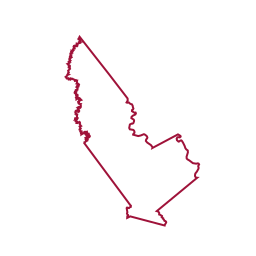 outline of Puerto Asís, Putumayo, Colombia, rotated 242°
{"feature_id": "7082276B42533804398270", "entity_name": "Puerto Asís", "entity_type": "district", "adm_level": 2, "iso_a3": "COL", "parent_name": "Colombia", "parent_adm1": "Putumayo", "projection": "albers", "projection_center": [-76.112, 0.44], "detail": "fine", "context": "isolated", "style": "outline", "palette": "rose", "viewbox_px": 256, "rotation_deg": 242, "n_neighbors": 0, "source": "geoboundaries", "source_scale": "gbopen_adm2", "svg_char_len": 5803}
<svg xmlns="http://www.w3.org/2000/svg" viewBox="0 0 256 256"><g transform="rotate(242 128 128)"><path d="M49.0,85.1L48.9,88.5L24.7,114.6L25.2,115.0L26.7,117.4L27.2,117.6L28.2,117.4L28.9,116.6L29.9,116.7L30.8,116.4L31.6,116.7L32.0,116.2L32.8,116.4L33.5,115.9L34.4,116.7L36.3,115.6L37.0,114.9L38.4,115.7L40.0,115.5L41.1,114.4L51.6,165.7L52.1,164.9L53.0,164.6L54.1,164.6L55.0,165.1L56.2,166.1L57.2,168.4L58.9,171.0L59.6,171.6L61.4,172.1L62.5,173.7L63.4,173.6L64.0,173.1L64.5,171.4L66.5,168.8L70.6,166.9L72.4,165.8L73.5,165.5L75.1,166.2L78.3,169.4L80.1,170.2L81.8,169.4L83.3,169.2L85.7,169.6L89.3,169.7L91.5,169.5L92.0,169.3L92.3,168.5L92.1,166.5L92.3,166.2L94.3,165.5L95.8,166.0L96.5,167.1L96.5,167.7L95.4,169.3L95.6,170.3L96.0,170.6L96.6,170.5L98.9,169.1L98.9,140.2L99.2,140.5L99.8,140.6L102.2,140.2L106.2,138.1L108.2,137.7L109.1,138.4L109.6,139.2L109.8,139.9L110.4,140.6L111.7,140.8L113.2,140.3L114.6,139.6L115.1,139.0L115.4,135.8L116.1,133.2L119.7,129.4L120.1,129.7L120.8,131.5L121.9,132.0L122.9,132.1L123.9,131.7L126.0,129.0L127.5,129.1L130.2,131.3L130.2,133.2L129.7,134.1L129.8,135.0L131.0,136.4L131.8,136.9L132.7,137.0L135.1,135.6L136.1,136.3L136.6,137.9L136.5,140.9L137.3,141.9L138.1,141.9L138.4,140.9L141.0,139.4L141.9,139.9L142.1,140.4L142.0,141.1L142.6,141.9L144.0,142.1L145.6,142.6L147.2,142.5L147.5,142.0L148.8,141.1L150.2,140.7L150.7,139.1L151.2,138.7L152.5,140.7L154.3,141.5L184.2,136.5L231.3,128.1L230.8,127.4L230.3,127.4L230.0,127.1L229.8,126.6L230.0,126.1L229.8,125.9L229.5,125.9L228.5,126.7L227.7,126.9L226.9,126.6L226.9,126.0L226.5,126.3L226.7,125.8L226.6,125.5L226.0,125.6L226.1,125.3L226.6,125.2L226.4,124.9L225.8,124.9L225.9,124.6L226.3,124.5L225.8,123.4L226.7,122.3L226.4,122.1L225.6,122.5L224.7,121.6L224.3,121.8L224.1,121.4L224.3,121.1L225.1,121.0L225.2,120.7L224.8,120.3L224.9,119.4L225.3,119.1L225.8,119.3L225.9,118.8L225.4,118.2L224.5,118.7L223.5,118.3L224.0,117.6L223.7,117.4L223.3,117.6L223.4,116.5L222.8,115.8L222.1,116.2L222.0,115.9L222.4,115.2L221.8,115.4L221.6,115.1L221.9,114.6L220.9,114.2L221.7,113.5L221.4,113.4L220.9,113.6L220.5,113.3L221.0,113.0L220.9,112.2L220.6,112.2L220.3,112.6L219.8,111.6L219.3,111.5L218.5,110.4L218.3,110.5L218.5,111.3L218.3,111.8L217.6,111.4L217.2,111.4L217.4,110.9L216.8,110.5L216.5,110.0L217.1,110.1L217.3,109.5L216.7,108.8L216.4,109.1L216.0,108.5L215.0,108.6L214.6,107.5L214.2,108.2L213.9,107.5L213.5,107.6L213.6,107.1L213.0,106.8L213.3,106.2L212.7,105.6L212.9,104.7L211.2,105.3L210.5,105.8L210.3,105.5L210.7,105.5L210.7,104.8L210.1,104.7L209.3,104.0L208.4,104.6L208.7,104.9L209.4,105.0L209.2,105.3L208.1,104.6L207.5,104.6L206.7,102.0L205.0,101.8L205.1,101.4L204.5,100.8L203.6,100.8L203.9,100.1L203.8,99.9L203.2,100.4L203.3,99.8L202.8,99.0L202.4,97.0L202.2,97.1L202.4,97.6L202.3,97.8L201.6,97.1L200.7,97.1L200.7,97.6L200.1,97.8L199.9,98.7L198.7,98.4L198.6,98.8L198.3,99.1L198.2,99.8L198.3,100.0L198.8,100.0L198.8,100.7L198.6,100.8L198.6,100.4L197.8,100.3L198.0,101.4L197.6,102.1L197.1,102.1L196.8,102.6L196.0,103.2L194.6,103.2L194.6,103.5L195.0,103.8L194.9,104.5L194.5,104.7L194.1,104.3L193.7,105.3L192.6,104.4L191.5,104.3L191.3,103.7L191.0,104.1L190.2,104.2L190.3,104.5L191.0,104.5L189.4,105.2L188.8,104.6L189.4,104.5L189.5,103.5L189.2,103.4L189.0,103.9L188.5,103.7L189.1,103.2L188.9,102.4L188.4,101.7L188.0,102.0L187.1,102.0L187.2,102.5L185.6,101.4L185.9,100.8L186.0,99.8L185.5,99.7L185.8,100.0L185.4,100.5L184.9,100.2L185.0,99.1L184.0,98.7L184.1,98.4L184.8,98.0L184.3,97.5L183.8,97.9L183.9,98.6L183.4,98.7L183.1,97.7L182.3,98.1L181.6,97.6L180.5,97.3L180.4,98.2L180.9,98.6L180.9,99.0L180.7,99.0L180.0,98.5L180.0,97.7L179.3,97.9L179.3,97.4L178.9,96.8L179.0,96.3L178.3,96.3L177.5,95.9L177.6,97.8L177.2,99.2L176.1,99.6L175.4,99.3L175.0,99.8L174.7,99.9L174.9,98.6L175.9,98.0L174.7,97.6L174.6,96.3L174.0,96.1L173.5,96.7L172.9,96.1L172.6,96.4L172.1,96.3L171.4,97.4L171.2,97.0L170.4,97.1L168.7,96.2L168.7,95.9L169.2,96.2L169.4,96.1L169.4,95.7L168.8,95.4L169.2,95.2L169.2,94.5L169.7,94.3L169.7,93.7L169.4,94.0L168.6,94.1L168.6,93.9L168.9,93.7L168.4,93.1L168.6,92.8L167.5,92.6L168.1,93.1L167.9,93.4L167.2,92.9L166.5,93.1L165.9,92.9L165.4,92.0L165.5,91.8L165.9,92.2L166.1,91.9L166.4,92.1L166.8,91.9L167.2,91.3L167.0,91.2L166.6,90.6L167.1,91.0L167.7,90.6L167.6,90.0L167.2,90.0L166.7,89.6L166.7,89.0L166.4,89.1L165.2,88.4L165.1,88.8L165.3,88.9L163.8,89.5L163.6,89.2L164.4,89.0L164.0,88.7L163.4,88.6L163.1,89.0L162.1,88.3L161.4,88.1L160.4,88.3L160.1,88.0L160.0,87.7L160.5,87.7L160.1,87.4L160.4,87.2L160.5,86.4L160.7,86.9L161.1,87.0L161.6,85.0L161.2,85.8L160.3,85.0L160.1,85.4L160.5,85.4L160.6,85.6L159.8,86.0L158.7,85.9L158.5,85.6L159.4,85.3L158.4,84.9L157.0,86.3L156.9,86.0L157.2,85.4L156.9,85.5L156.5,85.0L156.1,85.7L156.2,86.3L155.4,87.6L155.8,88.1L155.5,88.2L154.8,87.6L154.0,87.6L153.6,87.1L152.8,87.3L152.6,87.2L151.8,87.5L151.8,87.3L152.2,87.2L151.8,86.4L151.9,86.0L150.2,86.0L149.9,85.3L149.6,85.6L149.1,84.5L148.3,84.9L147.8,84.9L147.4,84.4L146.7,85.4L146.4,85.1L146.0,85.1L146.3,84.5L146.1,83.9L146.1,84.3L145.7,84.1L145.7,84.5L145.3,84.7L145.2,84.2L144.9,84.2L144.7,84.7L144.2,84.2L144.3,86.2L143.7,87.2L144.9,87.4L144.9,88.3L144.7,88.5L144.4,88.4L144.3,88.7L142.2,87.5L141.6,87.7L144.0,89.3L144.0,90.0L143.4,89.9L142.5,89.1L140.8,88.7L140.6,88.9L142.0,89.9L141.4,90.3L141.3,90.6L141.0,90.5L140.4,89.6L140.1,89.4L139.8,89.4L139.7,90.4L138.7,90.5L138.2,89.8L138.1,89.1L138.8,88.6L140.0,88.3L139.3,87.5L139.3,85.8L139.0,85.8L138.6,86.4L138.2,86.4L137.9,86.2L137.8,85.2L137.2,85.1L137.8,86.9L137.6,87.4L137.0,87.3L136.9,87.0L137.5,87.2L137.3,86.9L136.0,86.3L136.0,84.5L135.6,83.4L135.8,82.9L135.4,82.7L135.2,82.3L58.9,93.8L58.1,94.1L57.0,93.4L57.2,92.1L56.8,91.3L57.2,90.6L58.0,90.1L58.2,89.7L57.9,89.2L53.9,87.9L53.1,87.0L51.6,86.8L51.2,87.2L50.8,87.1L50.5,86.9L50.3,85.9L49.0,85.1Z" fill="none" stroke="#9f1239" stroke-width="2"/></g></svg>